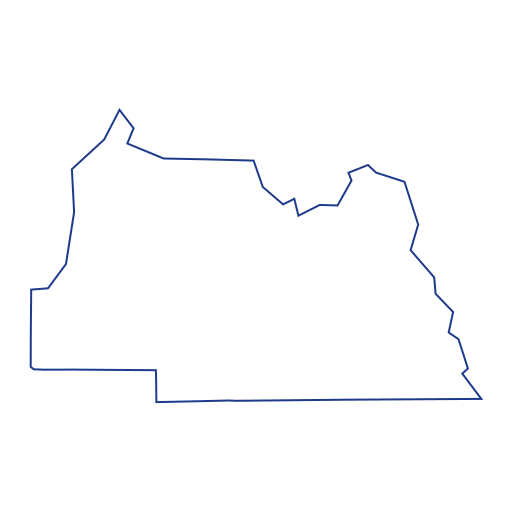 the district of Seminole, Florida, United States of America
{"feature_id": "52423323B18457012552494", "entity_name": "Seminole", "entity_type": "district", "adm_level": 2, "iso_a3": "USA", "parent_name": "United States of America", "parent_adm1": "Florida", "projection": "orthographic", "projection_center": [-81.235, 28.745], "detail": "fine", "context": "isolated", "style": "outline", "palette": "blue", "viewbox_px": 512, "rotation_deg": 0, "n_neighbors": 0, "source": "geoboundaries", "source_scale": "gbopen_adm2", "svg_char_len": 668}
<svg xmlns="http://www.w3.org/2000/svg" viewBox="0 0 512 512"><path d="M74.1,212.2L66.0,264.0L48.0,288.3L31.2,289.6L30.8,334.1L30.7,366.8L33.7,369.3L44.4,369.7L73.2,369.6L155.9,370.2L156.1,378.1L156.4,402.1L200.1,401.2L228.8,400.5L235.7,400.8L346.1,399.7L481.3,398.9L462.3,373.6L467.9,368.5L458.5,339.2L448.7,332.5L453.1,312.0L435.6,293.8L434.2,277.4L410.6,250.2L418.2,224.6L404.5,181.8L376.0,172.6L368.0,165.0L348.5,172.7L351.5,180.6L337.5,205.5L319.8,204.9L298.4,215.7L294.3,198.8L283.1,204.4L262.8,187.0L253.6,160.6L208.8,159.4L163.6,158.5L127.3,143.5L133.6,128.3L119.5,109.9L104.2,139.5L71.9,169.2L74.1,212.2Z" fill="none" stroke="#1e3a8a" stroke-width="2"/></svg>